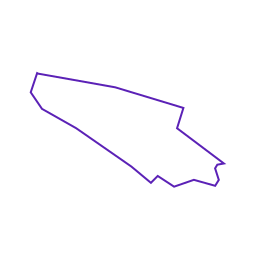 the border of Merthyr Tydfil, rotated 142°
{"feature_id": "GBR-2114", "entity_name": "Merthyr Tydfil", "entity_type": "Unitary Authority (wales)", "adm_level": 1, "iso_a3": "GBR", "parent_name": "United Kingdom", "parent_adm1": "", "projection": "albers", "projection_center": [-3.362, 51.738], "detail": "fine", "context": "isolated", "style": "outline", "palette": "violet", "viewbox_px": 256, "rotation_deg": 142, "n_neighbors": 0, "source": "natural_earth", "source_scale": "10m", "svg_char_len": 375}
<svg xmlns="http://www.w3.org/2000/svg" viewBox="0 0 256 256"><g transform="rotate(142 128 128)"><path d="M143.7,70.7L149.1,95.6L169.0,159.8L184.0,196.0L182.7,216.0L165.8,227.2L165.3,226.1L113.0,167.9L72.0,109.7L89.5,97.6L74.3,41.0L80.2,44.1L84.2,42.6L88.4,31.2L94.9,28.8L108.0,46.6L127.8,53.4L134.1,71.9L143.7,70.7Z" fill="none" stroke="#5b21b6" stroke-width="2"/></g></svg>